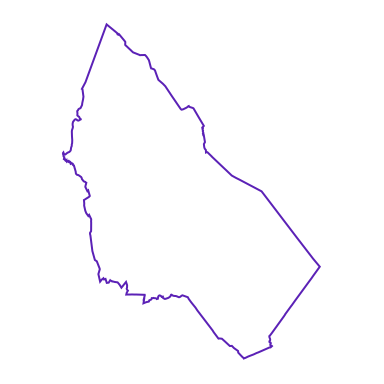 Litenes pag., Gulbene, Latvia, rotated 272°
{"feature_id": "27541924B1049309214592", "entity_name": "Litenes pag.", "entity_type": "district", "adm_level": 2, "iso_a3": "LVA", "parent_name": "Latvia", "parent_adm1": "Gulbene", "projection": "natural_earth1", "projection_center": [27.027, 57.173], "detail": "fine", "context": "isolated", "style": "outline", "palette": "violet", "viewbox_px": 384, "rotation_deg": 272, "n_neighbors": 0, "source": "geoboundaries", "source_scale": "gbopen_adm2", "svg_char_len": 5528}
<svg xmlns="http://www.w3.org/2000/svg" viewBox="0 0 384 384"><g transform="rotate(272 192 192)"><path d="M219.3,64.2L218.8,64.6L219.0,65.1L218.8,65.3L219.1,65.5L218.5,65.6L218.1,65.8L217.9,65.9L218.1,66.1L218.3,66.3L218.1,66.5L218.2,67.3L218.7,67.3L218.9,67.4L218.9,67.7L218.8,67.8L218.4,67.8L217.9,67.8L217.6,67.9L217.5,68.1L217.7,68.3L218.0,68.8L218.0,69.0L217.8,69.2L217.8,69.3L217.7,69.4L217.4,69.4L217.0,69.7L216.8,69.8L216.5,69.6L216.2,69.7L215.9,69.8L216.1,70.2L216.5,70.4L216.6,70.6L216.3,70.9L216.4,71.2L216.3,71.4L216.3,71.5L216.0,71.8L215.8,72.0L215.4,71.9L215.0,72.0L214.6,72.4L214.4,73.1L213.4,73.3L212.9,73.6L211.7,73.9L211.3,74.1L208.1,75.1L207.0,75.2L206.3,75.4L206.1,75.5L205.2,76.5L205.1,76.8L205.0,77.6L204.7,78.3L203.1,80.7L202.3,81.2L201.0,81.6L198.9,83.4L198.8,83.6L198.3,85.1L197.6,85.6L197.5,86.0L196.2,85.8L195.2,85.5L193.4,85.2L189.2,87.4L190.0,88.2L184.5,90.0L183.5,89.2L180.2,84.3L176.9,84.7L174.6,84.7L169.6,86.0L167.1,87.1L164.4,89.2L165.5,90.0L161.3,92.2L160.8,92.2L158.7,92.2L158.0,92.3L151.0,92.5L149.3,92.5L149.1,92.4L147.8,91.6L147.3,91.5L145.9,91.7L145.0,92.0L129.5,94.5L120.7,97.3L119.4,99.3L112.2,102.4L111.4,102.5L106.7,101.3L99.2,103.3L101.1,104.7L101.6,105.2L102.4,106.2L102.7,106.5L101.5,107.2L102.1,108.6L98.2,110.0L98.5,111.9L100.9,113.3L100.7,113.5L100.3,114.7L99.9,115.2L100.0,115.3L99.4,117.9L99.1,120.8L97.7,122.1L96.5,123.1L93.9,124.8L99.8,129.2L96.6,130.4L94.2,130.4L93.0,130.1L92.0,130.6L91.2,131.4L89.1,130.3L87.2,129.9L87.4,133.8L87.5,136.1L87.6,141.5L87.6,148.3L87.1,148.4L83.2,147.6L83.3,147.9L79.1,147.4L79.8,148.9L80.4,150.4L80.6,151.0L80.6,151.3L80.7,151.7L80.8,152.0L80.9,152.5L81.0,152.7L81.4,152.9L82.1,153.0L82.2,153.4L82.3,153.5L82.6,153.7L82.7,153.9L82.9,154.6L83.1,154.9L83.4,155.1L83.8,155.4L84.4,155.6L84.5,155.6L84.5,156.0L84.6,156.4L84.6,156.6L84.8,157.2L84.6,157.7L84.6,158.6L84.5,159.6L84.1,160.7L84.1,160.8L83.9,160.8L84.1,161.6L85.9,161.8L86.8,162.2L87.1,162.4L87.5,163.0L87.5,163.5L87.4,163.7L87.2,164.2L86.7,165.0L86.2,165.3L86.3,165.5L86.1,165.7L86.1,165.9L86.4,166.1L86.4,166.5L85.9,166.4L85.4,166.6L84.9,167.0L84.7,167.4L84.5,168.0L84.2,168.5L84.3,169.2L84.4,169.5L84.7,170.3L85.4,172.1L85.9,172.8L86.6,173.7L87.1,174.1L88.3,174.5L88.6,174.7L88.7,174.9L88.7,175.1L88.6,175.3L88.1,175.9L87.9,176.2L87.5,177.7L87.5,178.8L87.5,179.5L87.2,180.3L87.0,181.1L86.5,182.1L86.4,182.7L86.5,183.2L86.7,183.6L87.1,184.2L88.0,185.2L88.4,186.1L86.7,191.5L85.1,192.4L81.8,195.0L80.4,196.2L76.6,199.5L73.8,201.5L54.4,217.4L52.6,218.6L46.5,223.5L46.4,223.6L46.6,224.4L46.5,226.0L46.4,227.0L43.9,230.0L39.4,235.2L39.6,237.2L37.5,239.4L34.7,243.6L33.1,243.8L30.8,246.1L28.3,248.7L28.0,249.6L27.5,249.7L28.0,251.0L29.5,253.8L30.5,256.1L31.8,259.2L33.4,262.3L33.9,263.6L36.2,268.4L36.3,268.6L39.4,275.0L39.4,275.9L40.8,277.3L41.0,277.1L41.0,276.3L41.2,276.0L41.4,275.8L41.8,275.6L42.3,275.6L42.5,275.6L43.1,276.0L43.6,276.0L43.8,276.0L44.2,275.8L44.3,275.7L44.4,275.1L44.5,274.9L44.7,274.7L44.9,274.6L45.2,274.6L45.6,274.6L46.4,275.2L47.0,275.3L48.1,275.1L49.1,274.6L49.8,274.4L50.6,274.3L50.7,274.5L53.8,276.7L71.0,288.2L72.9,289.4L73.1,289.4L81.8,295.3L82.0,295.5L87.3,299.0L107.0,312.4L109.9,314.4L112.7,316.2L121.8,322.3L129.5,315.4L149.8,298.6L185.6,269.3L195.1,261.5L196.6,258.4L206.0,239.0L207.6,235.5L209.8,231.2L228.2,210.4L228.3,210.4L232.3,206.0L232.4,205.4L232.0,204.6L234.4,204.4L235.8,203.2L236.8,202.8L237.7,202.6L240.3,202.2L242.3,203.2L248.8,201.9L248.7,201.6L249.6,201.1L250.4,201.5L250.7,201.3L251.0,200.9L251.4,201.0L251.9,201.2L252.3,201.0L252.7,200.8L253.0,200.7L253.5,200.9L253.9,200.9L254.1,200.7L254.5,200.4L255.2,200.4L255.5,200.6L255.9,200.7L256.2,200.7L256.5,200.5L256.6,200.0L256.8,200.0L258.1,201.3L258.5,201.5L266.9,196.1L275.6,190.6L276.0,189.9L276.9,186.7L277.4,185.8L277.8,185.7L277.7,185.4L277.0,184.8L276.0,183.4L274.4,180.4L273.9,178.8L274.0,178.5L274.7,177.7L286.9,168.7L296.8,161.6L299.2,159.1L302.9,154.5L303.1,154.4L307.0,152.8L310.3,151.5L311.9,150.9L312.4,150.6L313.3,149.7L314.1,147.2L314.1,146.9L314.7,146.6L321.4,144.6L322.4,144.2L325.0,142.4L326.3,141.3L327.3,140.2L327.3,139.9L327.2,138.9L327.0,135.7L326.9,135.3L327.3,134.4L329.5,128.2L335.6,121.3L336.4,120.3L336.6,120.2L336.9,120.1L339.6,120.1L340.0,119.9L346.9,113.8L346.8,113.7L346.5,113.3L346.6,113.1L347.4,112.9L347.5,112.7L347.1,112.4L347.0,112.1L347.6,111.8L347.9,112.0L348.0,111.9L356.5,100.8L298.0,81.7L291.2,78.4L291.0,78.8L290.6,79.0L283.4,80.2L282.7,80.1L280.8,79.9L276.8,79.2L275.3,79.1L274.9,79.0L273.8,78.5L272.7,78.0L272.4,77.9L271.8,77.5L271.7,77.1L271.2,76.2L270.9,75.8L270.5,75.5L269.7,75.2L269.1,74.6L268.4,74.5L267.7,74.6L267.3,74.7L265.9,74.8L264.7,74.7L264.4,74.9L264.2,75.1L263.5,76.0L263.4,76.3L263.1,76.6L261.9,77.2L261.3,77.7L260.9,78.3L260.7,78.3L260.4,77.7L259.8,76.9L259.4,76.0L259.4,75.7L259.5,75.3L259.6,75.0L260.4,74.0L260.6,73.4L260.6,73.1L260.6,72.9L260.3,72.4L260.0,72.1L259.1,71.5L258.2,70.8L257.7,70.6L257.2,70.5L255.9,70.3L254.5,70.4L253.3,70.7L252.6,70.7L251.5,70.5L249.6,69.9L248.3,69.8L243.6,70.1L239.7,70.5L236.6,70.5L235.3,70.2L233.8,70.2L232.4,69.7L231.1,69.5L229.7,69.4L229.0,69.1L228.7,68.9L228.1,68.4L227.6,67.7L226.9,66.2L225.9,65.0L225.4,64.5L225.1,64.1L225.0,63.8L225.1,63.6L225.5,62.9L226.1,62.4L227.0,62.1L226.6,61.8L226.3,61.7L225.6,61.9L224.9,61.9L224.4,62.3L223.4,62.3L223.2,62.4L222.7,62.7L222.3,63.2L222.1,63.2L221.9,63.2L221.3,63.0L220.4,62.8L220.2,63.2L220.4,63.4L220.4,63.5L220.2,63.6L220.3,63.8L220.3,64.1L219.9,64.3L219.7,64.3L219.5,64.2L219.3,64.2Z" fill="none" stroke="#5b21b6" stroke-width="2"/></g></svg>